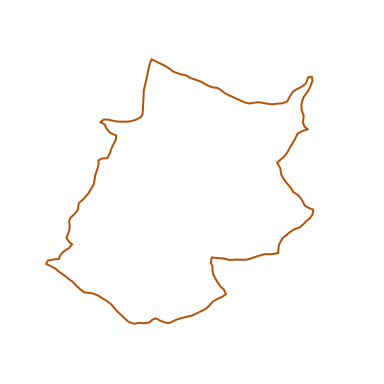 Platina, São Paulo, Brazil (Robinson projection), rotated 105°
{"feature_id": "56859067B47718729425481", "entity_name": "Platina", "entity_type": "district", "adm_level": 2, "iso_a3": "BRA", "parent_name": "Brazil", "parent_adm1": "São Paulo", "projection": "robinson", "projection_center": [-50.219, -22.62], "detail": "fine", "context": "isolated", "style": "outline", "palette": "amber", "viewbox_px": 384, "rotation_deg": 105, "n_neighbors": 0, "source": "geoboundaries", "source_scale": "gbopen_adm2", "svg_char_len": 2387}
<svg xmlns="http://www.w3.org/2000/svg" viewBox="0 0 384 384"><g transform="rotate(105 192 192)"><path d="M74.3,265.3L78.4,265.9L82.1,265.9L87.6,265.7L93.9,265.2L106.3,264.9L110.0,264.0L129.5,259.9L132.8,260.8L136.8,264.9L140.3,271.0L141.7,275.9L142.8,280.0L143.6,285.0L143.7,291.4L144.9,296.2L148.1,298.4L149.6,293.5L152.5,291.4L156.0,286.6L157.0,280.0L161.0,279.1L164.8,280.0L171.2,281.1L175.3,281.3L181.1,282.5L183.0,287.7L185.8,290.6L189.3,289.4L193.0,289.2L196.8,289.5L200.8,289.8L205.2,289.4L209.5,288.8L214.4,290.2L219.8,291.6L223.9,293.6L227.3,295.2L231.9,298.4L235.8,298.1L239.1,297.7L243.3,299.5L248.4,302.8L252.6,303.1L255.8,301.5L260.7,300.6L268.9,301.3L272.1,297.7L273.6,294.3L278.3,296.6L282.3,300.3L287.1,302.9L291.1,303.2L292.7,307.6L295.4,313.4L299.2,314.3L300.1,309.6L301.3,304.3L303.7,299.1L306.4,291.6L308.0,288.4L309.6,284.1L312.7,279.1L314.7,275.1L316.8,270.2L315.7,262.1L316.2,256.3L317.9,251.0L319.1,246.4L321.6,240.7L326.8,233.1L330.3,226.4L332.2,223.0L333.8,219.8L334.2,213.6L331.9,208.8L331.3,204.4L328.9,199.2L325.9,197.5L323.4,194.3L324.4,189.9L325.1,184.8L324.4,180.0L319.8,174.7L316.9,170.1L314.3,165.6L311.5,160.1L308.4,156.5L304.4,151.9L301.2,148.3L297.2,145.8L292.8,143.8L288.6,139.8L285.8,136.1L281.9,132.8L277.8,136.1L276.1,139.8L272.9,143.6L269.1,147.5L266.5,149.8L262.5,151.9L258.2,153.1L255.4,155.6L250.1,156.0L248.9,148.3L248.0,143.8L248.0,138.3L245.9,132.1L244.5,126.2L243.2,121.8L241.4,118.4L239.2,115.4L236.5,111.1L233.2,105.7L231.6,99.3L228.8,93.1L220.3,94.4L216.8,93.4L213.1,92.6L209.2,89.5L206.3,87.8L201.8,83.8L198.3,78.8L193.8,75.8L189.8,73.6L186.8,71.3L182.2,69.7L177.6,70.4L177.1,75.8L175.8,79.7L172.6,82.5L170.1,85.1L167.4,88.9L165.9,94.0L163.1,96.7L159.3,102.2L155.9,106.5L152.7,109.9L146.2,112.9L141.5,117.4L137.9,114.9L133.3,111.9L129.4,110.3L113.1,106.0L108.1,105.1L104.5,101.1L101.4,96.6L99.6,100.4L96.0,102.9L89.6,103.8L84.3,107.4L79.3,108.9L76.1,109.1L71.6,108.8L64.1,106.0L59.9,105.1L53.3,104.4L49.8,106.0L51.1,109.5L57.8,110.1L62.4,113.7L65.7,117.6L68.8,120.4L74.4,122.2L79.8,123.4L82.9,127.6L84.5,132.3L86.7,137.4L87.5,145.4L88.0,150.9L89.7,155.3L91.7,159.7L91.8,164.6L90.4,173.1L89.2,180.2L87.8,186.6L86.3,189.9L84.9,193.9L85.6,199.8L84.7,206.2L83.3,211.0L82.7,216.5L82.3,222.8L80.9,228.0L81.2,233.3L80.9,237.9L80.4,241.7L78.9,245.0L77.2,250.6L76.2,255.7L74.3,265.3Z" fill="none" stroke="#b45309" stroke-width="2"/></g></svg>